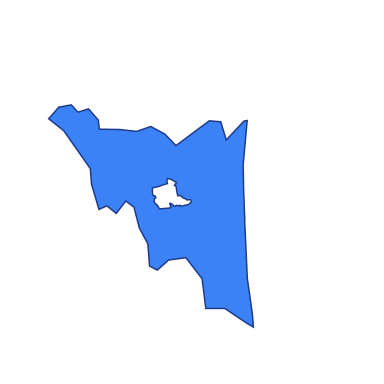 the district of Khiva, Khorezm, Uzbekistan, rotated 235°
{"feature_id": "79887680B67856776963689", "entity_name": "Khiva", "entity_type": "district", "adm_level": 2, "iso_a3": "UZB", "parent_name": "Uzbekistan", "parent_adm1": "Khorezm", "projection": "natural_earth1", "projection_center": [60.362, 41.359], "detail": "fine", "context": "isolated", "style": "filled", "palette": "blue", "viewbox_px": 384, "rotation_deg": 235, "n_neighbors": 0, "source": "geoboundaries", "source_scale": "gbopen_adm2", "svg_char_len": 1257}
<svg xmlns="http://www.w3.org/2000/svg" viewBox="0 0 384 384"><g transform="rotate(235 192 192)"><path d="M334.2,116.6L315.7,122.1L292.0,122.1L269.4,122.1L256.1,114.2L231.1,105.8L229.5,114.3L217.9,117.7L222.6,132.6L212.9,135.8L192.8,128.2L174.9,126.1L155.6,114.7L147.9,118.8L149.7,133.8L141.7,149.3L115.1,150.5L88.7,136.5L77.8,152.1L69.1,155.4L52.7,161.8L46.1,164.8L57.3,171.4L89.4,187.7L136.9,217.8L142.1,221.4L146.2,223.9L155.1,229.7L163.1,234.8L167.7,237.9L184.9,249.5L218.9,278.2L220.3,275.3L215.0,250.0L233.0,255.8L240.4,247.0L239.2,205.5L254.9,203.0L269.3,195.8L273.4,181.4L284.6,168.7L296.6,152.1L304.7,156.5L319.4,154.9L322.8,144.4L332.6,143.1L337.9,131.5L334.2,116.6ZM206.6,156.0L208.3,157.8L208.0,159.1L209.9,159.6L211.3,158.0L214.2,159.3L218.1,161.9L215.2,169.0L214.9,170.9L213.0,176.7L216.3,178.2L217.0,179.8L214.3,182.1L208.6,184.7L207.4,181.3L206.0,182.3L199.7,179.2L199.1,179.0L197.0,178.2L195.9,180.2L194.3,181.0L193.3,181.0L191.2,182.0L189.7,183.0L188.5,183.2L186.8,186.2L186.3,186.4L184.2,185.9L183.7,182.0L186.9,174.3L188.0,174.6L188.6,172.6L189.8,172.0L190.5,169.0L192.4,169.0L195.1,167.9L195.4,167.3L191.4,165.8L191.7,164.5L196.8,155.7L201.0,156.0L204.6,155.2L206.6,156.0Z" fill="#3b82f6" stroke="#1e3a8a" stroke-width="1.5"/></g></svg>